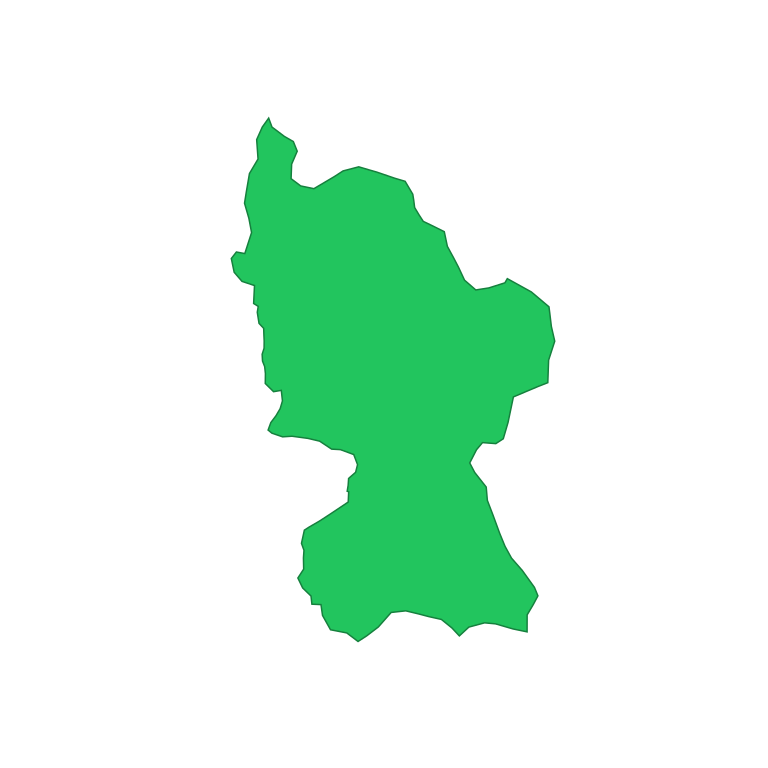 Vouni, Limassol, Cyprus (Natural Earth projection), rotated 327°
{"feature_id": "46923920B50691458712838", "entity_name": "Vouni", "entity_type": "district", "adm_level": 2, "iso_a3": "CYP", "parent_name": "Cyprus", "parent_adm1": "Limassol", "projection": "natural_earth1", "projection_center": [32.825, 34.816], "detail": "fine", "context": "isolated", "style": "filled", "palette": "green", "viewbox_px": 768, "rotation_deg": 327, "n_neighbors": 0, "source": "geoboundaries", "source_scale": "gbopen_adm2", "svg_char_len": 1862}
<svg xmlns="http://www.w3.org/2000/svg" viewBox="0 0 768 768"><g transform="rotate(327 384 384)"><path d="M318.5,245.5L320.8,250.4L316.8,254.8L312.2,265.1L313.4,271.8L310.2,277.1L306.9,282.7L302.9,288.7L298.0,292.7L294.6,298.6L293.4,304.4L290.2,310.7L284.7,318.9L287.2,330.3L294.4,333.4L289.6,342.9L283.5,348.1L276.1,351.8L268.1,354.7L261.7,359.5L263.2,364.2L270.2,373.1L278.4,377.7L290.6,388.2L298.9,396.9L304.6,410.1L311.7,415.3L320.2,426.7L317.9,437.2L312.1,442.6L302.9,443.9L298.7,449.5L294.7,453.9L295.7,455.1L289.7,463.5L268.2,463.8L255.1,463.8L243.3,463.2L237.6,463.2L228.0,472.7L226.3,479.9L221.7,486.0L215.8,495.5L206.1,499.8L204.7,510.8L207.3,522.1L203.6,529.4L211.0,534.7L206.4,544.6L205.3,561.0L217.2,572.5L222.0,585.8L232.5,585.8L246.9,584.7L265.6,579.5L278.7,586.1L288.0,595.9L294.8,603.4L303.9,612.7L308.1,625.6L310.0,636.3L322.8,634.1L338.3,639.1L346.9,645.9L358.8,659.7L369.0,669.8L378.3,655.6L389.2,650.2L397.7,645.5L398.3,642.4L399.4,636.5L398.4,615.3L398.2,614.2L396.1,599.5L397.1,586.0L399.7,572.2L404.0,553.4L407.3,537.9L413.6,526.1L411.9,507.6L412.9,496.9L425.8,489.5L434.7,486.8L445.3,494.9L454.2,494.9L467.1,483.8L485.5,465.3L511.8,470.0L522.1,472.1L535.0,453.7L550.5,441.1L555.7,426.9L561.8,414.5L564.4,409.1L557.7,387.0L544.8,362.8L540.5,365.0L524.2,360.5L512.2,355.1L508.1,340.8L510.1,326.5L511.1,316.0L512.1,303.1L517.5,289.1L512.1,279.9L505.5,269.0L505.5,261.2L505.8,252.7L509.1,245.9L511.5,240.5L512.1,225.5L505.1,217.3L493.4,202.4L488.1,196.3L481.1,188.1L465.7,183.0L455.4,183.0L431.6,182.0L422.0,172.5L417.9,161.2L426.3,149.3L438.0,141.5L440.0,131.3L435.3,122.1L430.0,107.5L432.1,98.2L421.9,102.2L410.3,109.7L400.9,126.7L385.8,134.2L373.7,147.3L365.5,156.4L360.9,171.5L355.4,184.9L338.3,198.8L332.1,192.9L324.3,195.6L319.2,208.7L320.8,220.6L329.0,230.9L318.5,245.5Z" fill="#22c55e" stroke="#15803d" stroke-width="1.5"/></g></svg>